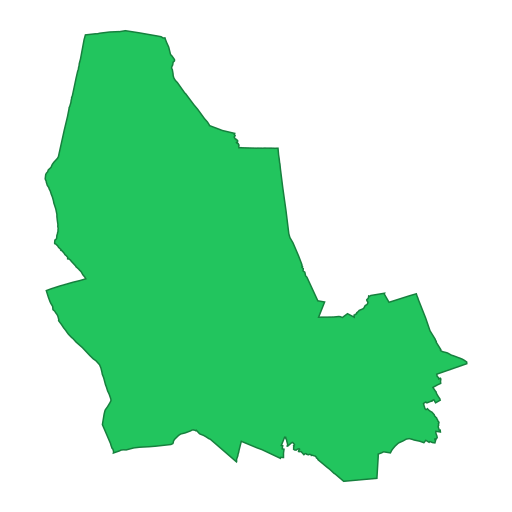 Stiuca, Timis, Romania (Natural Earth projection)
{"feature_id": "2599482B92651033244304", "entity_name": "Stiuca", "entity_type": "district", "adm_level": 2, "iso_a3": "ROU", "parent_name": "Romania", "parent_adm1": "Timis", "projection": "natural_earth1", "projection_center": [21.98, 45.563], "detail": "fine", "context": "isolated", "style": "filled", "palette": "green", "viewbox_px": 512, "rotation_deg": 0, "n_neighbors": 0, "source": "geoboundaries", "source_scale": "gbopen_adm2", "svg_char_len": 5922}
<svg xmlns="http://www.w3.org/2000/svg" viewBox="0 0 512 512"><path d="M343.7,481.3L376.9,478.3L378.2,456.6L378.2,454.1L381.7,452.8L383.6,451.8L390.4,452.9L391.6,450.5L392.9,448.7L395.1,446.1L398.0,443.4L398.7,442.9L403.1,440.9L406.3,439.1L409.3,438.6L412.4,439.4L414.0,440.0L419.7,441.2L423.9,442.7L425.8,440.3L429.1,442.3L429.6,441.6L430.4,441.7L432.6,442.6L434.9,442.9L435.7,440.0L434.8,439.7L435.0,438.8L436.3,438.9L437.2,437.6L436.9,436.0L435.8,433.0L435.9,431.3L440.4,432.0L440.2,430.1L439.3,430.2L438.2,427.0L438.2,426.1L438.7,425.2L438.4,423.6L439.0,422.9L438.8,422.0L437.9,421.0L437.7,420.2L436.9,418.9L436.7,418.1L434.7,416.1L434.2,414.7L432.0,412.2L430.5,411.4L428.6,410.0L427.4,408.7L426.7,409.4L426.0,409.6L424.8,408.5L424.6,407.2L424.2,406.3L423.5,403.5L425.5,402.1L425.9,402.4L426.3,402.3L426.9,402.9L430.6,401.4L431.7,401.2L431.5,400.9L433.8,399.8L435.6,402.8L440.2,400.2L440.0,399.6L439.9,398.9L438.5,396.9L436.8,394.1L436.2,392.6L436.0,391.7L435.5,391.3L432.9,387.4L437.8,384.7L440.7,383.4L440.5,381.0L440.8,379.8L440.7,378.7L440.3,378.2L438.7,378.9L438.5,377.8L437.9,377.0L437.2,376.5L436.7,374.2L466.8,363.7L466.7,362.0L464.3,360.3L462.2,359.1L453.3,355.7L451.5,355.2L447.6,353.0L446.0,352.5L442.7,351.7L440.8,350.7L440.4,350.1L440.8,349.6L436.1,342.1L436.3,341.4L435.2,339.8L435.3,339.4L430.0,330.8L425.7,318.2L418.5,300.0L417.8,297.9L417.0,296.0L416.3,293.8L409.4,295.8L389.0,302.3L384.3,294.1L384.6,293.2L370.7,295.5L369.5,296.3L368.7,296.0L368.5,297.6L367.8,298.8L366.9,299.5L366.7,300.0L367.1,301.0L367.9,302.1L367.8,303.0L367.4,304.0L366.8,304.7L365.4,305.4L364.7,306.3L364.2,307.6L363.0,308.8L359.2,310.4L358.2,311.6L356.7,312.8L356.7,313.6L356.4,313.9L355.8,314.1L355.2,314.4L354.8,314.9L354.1,315.1L354.2,317.2L347.5,313.7L342.4,317.5L340.0,316.6L338.7,316.5L333.9,317.0L330.2,317.1L318.6,317.2L324.6,302.0L317.8,300.8L306.9,277.2L305.6,275.9L304.8,272.2L303.0,270.9L303.3,268.7L301.9,267.2L302.5,266.4L301.7,265.3L301.9,264.6L298.6,256.0L293.0,242.9L289.9,237.6L288.8,233.7L286.0,210.8L282.8,188.0L280.4,168.9L279.9,163.9L279.6,162.7L279.2,158.9L278.6,155.0L278.0,148.2L274.6,148.3L273.5,148.2L264.4,148.1L262.8,148.2L257.6,148.1L257.1,148.2L241.9,147.8L241.5,147.7L238.9,147.7L239.0,147.1L238.6,146.1L239.0,145.3L239.0,145.0L238.5,144.5L238.2,143.6L236.8,143.0L236.4,142.4L236.6,142.2L237.5,141.9L237.7,140.8L237.1,140.0L236.1,139.7L236.1,139.2L235.2,138.8L234.8,138.3L234.2,137.0L234.3,136.7L235.1,135.8L235.1,135.4L234.2,134.5L234.3,134.2L234.7,133.4L222.4,130.5L209.5,125.6L209.2,124.8L207.5,122.1L204.5,118.7L197.6,109.2L193.8,104.7L185.6,93.7L185.1,93.4L184.4,92.5L177.4,82.6L175.4,80.5L173.9,78.1L173.2,75.8L173.0,73.5L172.3,69.5L171.6,68.3L171.6,67.8L171.9,66.4L172.2,65.9L172.5,65.6L172.5,65.1L172.8,64.4L173.1,62.2L174.4,61.0L174.5,60.7L174.5,59.7L174.3,59.3L171.9,55.9L170.8,54.8L170.4,54.0L168.7,47.1L166.6,42.5L165.1,38.6L165.1,38.1L165.0,37.9L163.0,38.0L161.6,37.0L161.0,36.7L157.3,36.0L139.0,32.8L125.4,30.7L119.3,31.7L118.8,31.6L109.7,32.0L99.8,33.2L97.4,33.8L95.4,33.8L85.4,34.9L84.1,39.6L80.5,59.0L79.3,63.5L79.0,66.2L78.6,67.3L78.3,69.7L77.7,71.1L76.2,77.6L72.4,95.7L71.6,97.6L71.6,98.9L71.2,100.0L70.9,102.5L69.8,106.2L69.1,107.7L69.0,109.0L67.5,116.6L64.2,130.4L58.4,156.7L57.5,158.3L53.9,162.2L52.3,164.4L51.0,167.4L48.3,169.9L47.6,171.9L46.4,173.2L45.7,174.6L45.2,178.8L45.5,179.8L46.1,180.8L46.3,182.1L47.3,185.4L48.8,187.6L49.2,189.0L50.2,190.8L51.3,194.3L52.4,197.0L53.5,201.0L53.8,202.9L55.8,209.0L56.9,214.4L56.9,216.7L57.3,220.3L57.9,224.5L57.8,226.7L58.2,228.2L58.0,229.8L58.0,231.5L57.6,232.6L57.4,234.0L56.9,235.2L56.6,238.4L56.4,238.9L54.9,240.1L54.6,243.2L54.8,243.7L55.6,243.9L57.7,245.9L58.6,247.4L61.1,249.7L61.2,250.0L60.9,250.3L61.0,250.4L61.9,250.7L64.1,253.2L65.0,254.7L66.2,255.6L67.8,257.5L67.6,258.8L67.9,259.0L69.2,259.0L69.7,259.6L70.4,259.9L71.2,261.2L75.6,265.9L76.0,266.7L76.3,267.1L76.8,267.4L78.9,269.3L79.4,270.0L80.6,271.1L81.4,272.1L82.8,274.7L84.9,277.2L85.8,278.8L79.8,280.6L73.1,282.2L60.1,285.9L51.4,288.7L46.3,290.6L48.4,297.3L50.0,301.6L50.9,303.5L52.3,305.8L52.7,306.6L52.9,309.1L53.0,309.7L54.6,311.0L56.0,313.2L57.1,314.6L57.9,316.3L58.8,319.7L58.6,320.4L58.7,320.8L61.4,324.4L63.7,327.9L65.9,330.6L66.5,331.6L68.5,334.3L71.6,337.5L72.9,338.5L76.2,342.2L82.3,347.5L89.9,355.6L93.2,358.8L96.0,360.8L99.6,364.8L101.0,368.3L101.9,372.0L102.3,374.3L103.7,377.8L105.5,384.7L106.5,387.3L107.6,390.9L109.1,394.0L110.4,397.7L110.9,399.4L111.0,400.5L110.2,402.3L107.5,406.8L105.4,409.7L104.9,410.9L104.1,414.2L102.4,424.6L110.6,443.7L110.9,445.0L112.0,448.2L112.9,449.2L113.1,449.7L113.6,451.9L113.4,453.0L119.5,450.9L121.0,450.1L123.3,449.8L126.2,449.9L133.8,447.9L139.8,447.2L149.4,446.7L155.6,446.2L170.9,444.5L172.8,443.6L173.1,443.0L173.6,440.8L174.7,439.2L178.6,435.4L180.7,434.0L185.2,432.9L190.3,431.0L192.0,430.1L193.3,429.8L193.8,430.1L194.9,430.2L195.9,430.8L196.4,430.3L199.4,433.6L200.0,434.0L203.6,435.4L206.2,436.9L208.9,438.7L209.8,439.0L210.5,439.4L236.5,461.9L236.6,461.7L236.6,459.2L237.8,455.9L238.1,454.0L238.6,452.6L239.1,450.0L241.3,441.3L256.9,447.8L261.9,449.6L280.3,458.3L280.5,457.4L283.5,457.5L283.5,453.1L284.0,449.2L282.2,448.8L282.7,445.7L281.3,445.5L284.6,437.2L285.7,437.3L285.8,438.5L286.0,439.0L286.4,439.2L286.9,441.6L287.6,444.2L287.6,444.9L287.2,445.8L287.2,446.1L287.7,446.1L291.4,442.9L292.3,442.4L292.6,442.4L294.3,444.3L294.5,444.8L293.6,445.7L294.0,446.3L293.6,447.0L293.7,448.0L293.6,449.3L294.7,450.0L296.2,450.1L297.3,449.2L299.0,448.7L299.5,449.0L299.6,449.3L298.6,450.8L298.5,451.5L299.2,451.7L300.5,451.6L301.2,451.7L303.9,454.7L304.9,453.8L305.3,453.6L305.8,453.8L306.3,453.7L306.5,453.8L306.7,454.3L307.0,454.4L308.3,454.8L309.3,454.3L309.5,454.4L310.7,454.5L311.0,454.7L311.3,455.4L311.6,455.2L312.1,455.2L315.2,456.1L315.9,456.6L316.5,458.0L317.5,458.5L318.0,459.7L327.1,467.3L329.5,469.1L334.2,473.5L334.9,473.8L343.7,481.3Z" fill="#22c55e" stroke="#15803d" stroke-width="1.5"/></svg>